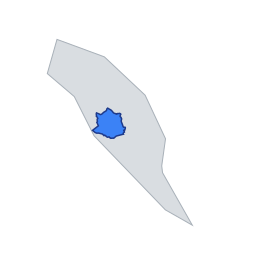 Melekeok, Melekeok, Palau shown in context, rotated 128°
{"feature_id": "81905179B96125611766208", "entity_name": "Melekeok", "entity_type": "district", "adm_level": 2, "iso_a3": "PLW", "parent_name": "Palau", "parent_adm1": "Melekeok", "projection": "natural_earth1", "projection_center": [134.606, 7.509], "detail": "fine", "context": "in_parent", "style": "filled", "palette": "blue", "viewbox_px": 256, "rotation_deg": 128, "n_neighbors": 0, "source": "geoboundaries", "source_scale": "gbopen_adm2", "svg_char_len": 2326}
<svg xmlns="http://www.w3.org/2000/svg" viewBox="0 0 256 256"><g transform="rotate(128 128 128)"><path d="M134.8,225.1L101.9,238.5L86.5,190.4L91.6,134.7L113.4,91.8L137.1,78.1L142.0,73.2L165.0,17.5L169.5,48.2L155.0,150.0L136.3,189.7L134.8,225.1Z" fill="#d9dde1" stroke="#a8b0b8" stroke-width="1"/><path d="M148.8,142.3L148.7,142.3L148.4,142.4L148.4,142.5L148.3,142.4L148.2,142.2L148.0,141.8L148.0,141.7L147.9,141.4L148.0,141.1L148.0,140.9L148.0,140.7L148.0,140.4L147.9,140.3L147.9,140.2L147.9,139.9L148.0,139.7L148.0,139.4L148.0,139.2L148.0,138.9L148.0,138.7L147.9,138.6L147.8,138.4L147.7,138.3L147.6,138.2L147.4,138.0L147.2,138.0L147.1,137.9L147.0,137.7L146.9,137.5L146.8,137.3L146.8,137.2L146.7,137.1L146.8,137.0L146.8,136.9L146.8,136.7L146.9,136.4L146.8,136.2L146.8,136.3L146.8,136.2L146.8,135.7L146.7,135.7L146.7,135.4L146.6,135.2L146.3,134.8L146.2,134.7L145.9,134.3L145.8,134.2L145.7,134.1L145.5,133.9L145.4,133.8L145.3,133.7L145.2,133.6L145.1,133.4L144.9,133.3L144.8,133.2L144.7,133.1L144.7,132.9L141.6,132.3L135.8,127.9L135.7,127.8L135.6,128.0L135.4,128.3L134.8,128.6L134.2,128.6L133.8,128.4L133.4,128.3L133.2,128.6L132.9,128.9L132.7,129.7L132.5,129.9L132.3,129.8L132.1,129.6L132.0,129.3L131.7,129.2L131.5,129.3L131.5,129.6L131.4,129.7L131.0,129.5L130.0,129.9L129.5,130.2L129.2,130.5L129.2,130.8L129.5,131.2L130.1,132.0L129.9,132.7L128.7,134.5L127.1,137.2L126.3,137.9L125.1,138.4L124.5,138.9L124.4,139.4L124.1,139.7L123.9,140.1L123.9,140.6L123.8,141.2L123.5,141.6L122.5,142.0L121.9,142.0L121.6,142.2L121.4,142.6L121.6,143.6L122.2,144.1L123.2,145.3L123.4,145.4L123.9,145.3L124.1,145.5L124.3,145.9L124.1,146.2L124.5,147.0L124.9,148.1L125.0,148.7L125.0,149.0L124.9,149.4L124.6,150.2L124.4,151.6L124.3,152.4L124.5,153.7L124.8,155.6L124.8,156.2L125.3,156.3L125.7,156.4L126.3,156.3L127.0,155.9L127.8,155.8L128.4,156.0L129.9,156.5L130.5,156.8L131.0,156.9L132.5,157.1L133.4,157.3L134.0,157.7L134.4,158.0L134.5,158.2L134.7,159.5L135.5,162.1L136.1,161.9L136.3,161.8L136.5,161.6L137.2,161.0L137.5,160.5L138.1,160.3L138.3,160.1L138.3,159.4L138.8,158.1L139.0,157.7L139.3,157.6L140.0,157.7L140.7,157.2L140.9,156.9L141.3,156.6L141.5,156.3L141.7,156.1L142.0,156.0L142.3,156.0L142.7,156.1L144.5,152.7L151.7,154.5L151.8,151.3L151.4,149.6L150.1,148.0L148.5,144.4L148.8,142.3Z" fill="#3b82f6" stroke="#1e3a8a" stroke-width="1.5"/></g></svg>